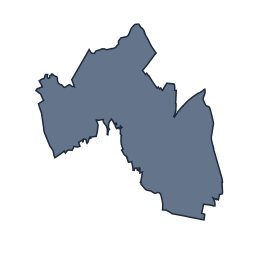 the district of Sint-Michielsgestel, Noord-Brabant, Netherlands, rotated 82°
{"feature_id": "6326949B43570757330374", "entity_name": "Sint-Michielsgestel", "entity_type": "district", "adm_level": 2, "iso_a3": "NLD", "parent_name": "Netherlands", "parent_adm1": "Noord-Brabant", "projection": "natural_earth1", "projection_center": [5.374, 51.651], "detail": "fine", "context": "isolated", "style": "filled", "palette": "slate", "viewbox_px": 256, "rotation_deg": 82, "n_neighbors": 0, "source": "geoboundaries", "source_scale": "gbopen_adm2", "svg_char_len": 5571}
<svg xmlns="http://www.w3.org/2000/svg" viewBox="0 0 256 256"><g transform="rotate(82 128 128)"><path d="M126.1,210.1L135.0,207.8L138.5,206.0L140.2,205.4L140.6,205.3L141.4,205.3L141.4,205.2L143.9,205.1L144.6,205.1L147.3,204.6L144.9,199.8L144.7,199.6L144.6,199.2L142.5,195.2L142.0,194.7L141.8,194.5L142.2,194.3L142.3,194.3L144.1,193.5L142.1,191.5L141.5,190.1L141.5,189.9L142.3,186.4L138.8,184.1L139.8,180.7L139.5,178.2L138.2,178.3L137.4,178.4L135.9,178.8L135.4,178.9L133.6,174.8L135.4,174.6L135.3,174.3L132.7,173.5L133.5,171.2L136.8,171.0L137.5,170.7L137.0,170.2L136.3,169.6L132.0,167.3L132.3,167.0L132.5,166.8L133.0,166.6L133.0,166.2L131.8,166.0L131.8,162.8L131.9,160.7L127.4,158.9L125.1,158.3L120.9,157.2L118.5,157.6L116.4,158.1L115.7,158.4L115.5,157.8L116.0,157.4L116.2,156.1L116.4,156.0L116.1,153.2L116.1,151.2L117.6,151.6L118.3,151.6L120.3,150.7L123.0,149.2L123.7,149.0L126.0,148.7L129.6,149.0L131.6,149.5L131.9,148.9L130.0,148.4L127.7,147.8L126.8,146.5L124.8,147.3L122.6,146.9L121.3,146.5L120.2,146.0L119.1,145.3L118.0,144.4L116.8,143.2L120.7,141.3L120.8,141.4L122.2,141.0L122.3,140.8L121.5,138.9L122.6,138.6L123.4,139.7L123.8,140.4L127.0,139.4L126.4,138.3L126.8,138.2L126.3,137.0L127.4,136.8L127.3,136.6L125.0,135.2L125.4,135.0L125.6,134.9L126.4,133.9L127.5,135.6L128.6,135.8L133.1,136.4L134.4,135.5L134.5,135.4L134.8,135.6L135.1,135.8L135.2,136.0L140.3,136.8L141.6,136.9L142.6,136.9L143.8,136.8L146.9,136.2L148.3,135.9L149.0,137.4L154.2,135.3L156.1,133.3L156.9,132.8L157.2,133.3L162.0,132.3L161.9,129.1L168.6,128.6L170.5,128.9L170.8,127.8L169.5,127.3L169.5,127.2L168.9,127.2L168.7,126.4L168.8,126.0L168.8,124.9L170.9,124.7L170.8,124.2L172.0,123.1L169.1,122.7L169.3,121.9L174.2,122.5L173.7,120.4L173.6,119.8L182.4,122.6L182.6,122.6L183.7,123.3L184.0,122.6L185.2,123.0L190.9,119.5L191.5,118.9L192.0,118.3L193.5,114.4L193.8,113.7L194.3,113.1L195.5,111.9L195.8,111.6L196.1,111.0L196.3,110.6L196.4,109.8L196.0,107.9L196.1,107.0L196.4,106.3L196.7,105.9L197.2,105.5L197.8,105.1L198.5,104.9L199.3,104.7L204.9,104.2L206.5,104.2L208.4,104.2L210.4,104.5L212.0,104.8L213.9,105.2L214.3,103.3L214.7,101.5L218.8,96.2L219.0,96.2L222.8,84.9L225.1,78.6L226.0,75.9L229.6,65.5L224.1,64.0L222.7,67.0L218.9,65.5L214.4,63.9L214.1,63.8L214.9,60.3L215.9,56.8L216.2,56.0L217.0,54.3L217.0,54.2L217.3,53.0L217.1,52.9L217.1,52.7L216.7,52.7L214.7,52.4L213.9,52.4L212.8,52.5L209.0,53.5L211.2,50.7L210.5,50.4L211.7,48.5L206.9,46.7L206.6,46.7L206.3,43.7L204.5,43.3L200.0,42.9L194.7,42.5L194.8,42.0L193.0,41.9L191.9,41.9L190.7,42.0L162.4,46.0L161.1,46.1L160.7,46.0L152.8,46.9L151.1,47.0L148.9,46.8L147.6,46.5L135.7,42.8L135.0,42.7L134.5,42.7L128.9,43.1L120.5,44.1L119.6,44.3L118.7,44.6L118.4,44.9L117.9,45.4L117.6,45.9L117.3,46.8L117.2,47.0L116.7,47.6L116.1,48.0L111.0,49.5L110.1,49.7L109.3,49.6L108.6,49.3L105.1,47.3L104.3,47.0L103.2,46.7L102.2,46.5L101.3,46.5L100.2,46.6L100.4,47.3L101.4,48.5L102.6,51.2L102.9,51.9L103.2,53.0L103.5,54.2L104.2,55.4L105.8,58.8L107.4,61.6L109.4,64.8L111.5,67.6L113.6,70.2L114.2,70.4L114.3,70.6L114.0,70.9L116.5,73.8L117.7,75.0L118.9,76.4L120.5,77.8L121.1,78.2L123.7,80.5L122.8,81.1L122.1,80.5L120.9,79.8L119.6,79.2L117.5,78.5L117.6,78.2L117.3,78.2L111.3,77.1L111.2,77.2L110.6,77.1L110.3,77.1L110.2,77.5L108.7,77.2L107.8,76.9L97.5,75.0L97.1,76.6L95.4,76.2L94.5,76.1L92.6,76.0L91.4,76.0L91.2,76.3L90.7,76.5L89.0,83.3L92.7,86.4L95.6,88.6L92.9,90.1L93.8,91.2L91.6,92.4L92.6,93.6L87.0,96.6L83.2,98.3L79.7,99.8L79.9,100.1L76.4,101.9L77.5,103.2L73.0,105.6L69.8,102.1L67.1,99.2L58.7,91.0L58.1,90.2L57.8,89.7L50.9,93.2L48.3,94.2L42.8,96.0L40.1,97.1L38.3,97.8L36.4,98.2L36.5,98.3L36.4,98.4L36.2,98.3L34.8,98.5L34.7,98.5L33.8,98.7L32.4,99.3L31.1,100.2L30.0,101.3L29.7,101.5L26.6,103.0L26.4,105.7L26.4,106.0L26.6,106.9L27.0,107.6L27.1,107.9L29.5,110.6L30.2,111.1L31.0,111.7L34.0,113.3L34.3,113.6L35.8,114.5L36.3,114.8L36.9,115.6L37.2,116.3L37.4,117.1L37.7,121.7L37.8,122.5L38.0,122.7L40.4,125.2L40.6,125.2L41.4,125.5L43.5,125.6L43.9,125.8L44.5,127.0L45.1,127.7L46.4,128.9L46.7,129.5L46.9,130.4L47.4,133.1L47.1,133.1L47.5,137.8L47.4,138.4L46.2,140.8L46.3,140.9L46.1,141.8L46.0,142.5L46.1,143.0L46.4,144.1L46.6,144.6L47.0,147.6L47.3,149.0L47.7,149.5L48.6,150.1L49.0,150.5L49.4,151.1L49.4,151.6L48.9,153.3L48.4,153.9L47.8,154.3L44.9,155.6L48.9,158.6L72.3,176.9L78.5,175.6L79.7,175.4L79.4,175.8L79.2,176.1L79.2,176.4L79.2,177.3L79.1,177.6L78.9,177.8L77.4,179.4L77.2,179.4L77.0,179.7L76.9,180.1L77.0,180.4L77.1,180.7L78.2,183.1L78.5,183.8L78.9,184.6L79.0,184.9L78.9,185.3L78.8,185.7L78.6,185.8L78.2,186.2L76.1,187.6L75.8,188.0L75.4,189.2L75.0,189.7L74.7,190.0L73.2,190.9L72.7,191.1L71.9,191.2L70.2,191.2L68.5,191.0L68.0,191.1L67.6,191.3L67.2,191.7L66.5,193.0L66.2,193.5L65.5,194.2L64.2,195.1L64.0,195.6L63.9,196.0L64.0,196.2L64.2,196.3L64.9,196.3L65.2,196.7L65.2,196.9L65.0,197.7L65.1,197.9L65.3,198.1L65.6,198.2L66.9,198.4L67.4,198.9L67.7,199.5L67.8,199.7L67.6,200.0L67.1,200.5L66.2,200.8L65.8,200.8L64.8,200.6L63.8,200.1L63.6,201.8L63.7,202.1L63.9,202.4L64.2,202.7L66.4,203.7L66.8,204.0L67.1,204.3L67.4,204.7L67.4,204.9L67.6,206.3L67.8,207.0L68.6,208.6L68.9,209.2L69.0,209.1L69.1,209.3L72.4,208.0L75.1,207.1L75.5,207.1L75.6,208.9L75.8,209.5L76.1,210.2L76.2,210.4L76.2,210.8L76.3,210.8L76.2,211.0L76.3,211.3L76.3,212.0L76.4,212.4L76.6,212.6L77.1,213.0L78.0,214.0L78.3,213.9L78.6,213.5L79.6,212.4L80.8,211.3L80.9,211.2L82.2,209.8L89.0,207.8L91.6,213.3L94.8,212.8L97.7,212.3L100.1,211.7L100.1,211.8L101.3,211.6L110.5,211.5L115.7,211.5L118.3,211.6L119.8,211.6L121.2,211.3L124.5,210.5L124.4,210.4L126.0,210.0L126.1,210.1Z" fill="#64748b" stroke="#1e293b" stroke-width="1.5"/></g></svg>